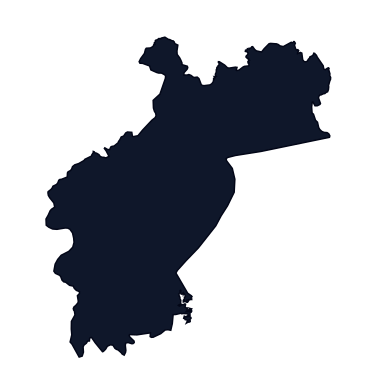 Pweto, Katanga, Democratic Republic of the Congo, rotated 355°
{"feature_id": "63176286B50481715267247", "entity_name": "Pweto", "entity_type": "district", "adm_level": 2, "iso_a3": "COD", "parent_name": "Democratic Republic of the Congo", "parent_adm1": "Katanga", "projection": "orthographic", "projection_center": [28.595, -8.698], "detail": "fine", "context": "isolated", "style": "filled", "palette": "ink", "viewbox_px": 384, "rotation_deg": 355, "n_neighbors": 0, "source": "geoboundaries", "source_scale": "gbopen_adm2", "svg_char_len": 5892}
<svg xmlns="http://www.w3.org/2000/svg" viewBox="0 0 384 384"><g transform="rotate(355 192 192)"><path d="M182.9,296.3L182.4,295.4L178.9,292.5L168.9,271.3L170.7,268.7L180.1,259.9L193.4,248.3L212.7,227.8L218.9,218.3L226.2,208.8L234.0,195.9L235.8,183.0L234.2,172.0L229.2,164.0L228.8,161.8L230.6,160.7L238.4,159.4L264.3,157.6L333.7,149.5L334.2,148.1L333.3,145.9L331.7,144.6L328.7,144.1L326.5,142.9L324.7,140.8L323.8,138.8L323.1,133.4L321.3,131.3L319.8,125.1L318.5,123.7L318.6,117.7L319.6,112.9L320.3,112.7L322.0,116.8L324.4,117.0L327.1,115.9L327.7,115.0L326.2,109.4L326.6,107.9L327.7,106.6L329.1,106.5L331.4,105.6L332.9,105.5L334.4,104.4L335.8,104.0L336.8,102.0L337.4,99.1L337.2,98.1L338.9,93.5L339.8,91.9L340.1,89.9L339.3,87.9L339.7,86.3L339.0,82.8L338.4,81.9L339.3,81.2L339.2,80.7L338.9,80.2L337.8,80.4L335.4,81.8L334.0,81.0L333.7,77.7L328.5,68.5L327.8,66.5L326.9,65.7L326.4,64.7L325.5,64.3L324.6,66.0L323.8,66.7L321.1,67.8L320.8,68.8L319.3,70.1L318.4,71.7L316.4,72.3L314.9,71.7L313.8,69.9L313.5,63.2L312.1,62.4L309.2,63.4L309.3,62.5L310.6,60.4L309.8,59.4L308.5,59.6L307.7,58.4L306.9,54.7L307.9,52.8L307.0,51.1L306.5,51.0L305.7,51.8L304.8,52.1L303.9,51.5L295.6,55.1L292.4,54.1L290.8,52.6L289.2,51.8L283.2,50.8L281.7,51.0L276.3,55.6L273.5,58.6L268.4,57.0L266.9,55.5L265.1,52.5L264.3,52.5L262.9,53.9L261.4,53.8L261.4,54.9L259.7,54.1L259.4,55.1L257.7,55.4L257.4,56.6L259.0,57.1L260.0,58.4L259.4,60.0L257.9,61.2L257.5,62.2L258.2,62.7L258.5,63.5L259.6,63.7L259.5,64.4L260.1,64.5L260.0,65.4L260.6,65.8L259.3,66.6L259.0,67.2L259.1,67.8L259.7,67.5L260.0,68.0L259.4,68.2L259.4,68.9L259.7,69.0L259.9,70.7L259.4,71.3L255.2,71.4L253.8,71.9L249.4,74.7L247.2,74.9L246.6,74.3L247.7,71.8L246.1,71.4L239.9,71.8L238.2,71.4L235.6,68.4L230.6,64.6L229.7,64.5L229.6,65.4L230.4,66.3L229.8,68.0L228.8,68.7L228.7,69.6L227.8,69.9L227.4,70.8L227.7,71.6L226.9,72.2L226.6,74.8L225.5,76.7L225.7,77.8L225.3,78.4L226.1,78.9L224.9,79.5L224.4,79.3L224.9,80.2L224.4,80.7L224.1,80.2L223.7,80.5L223.3,81.2L223.8,81.8L223.4,82.0L222.6,84.3L221.0,86.0L219.1,86.9L213.4,87.1L211.8,86.8L210.6,86.0L208.8,79.6L207.2,78.0L204.2,78.1L203.4,77.8L201.1,75.7L199.1,74.7L197.3,75.1L194.1,74.7L194.4,72.5L197.8,69.3L198.6,67.8L198.3,66.3L193.0,64.2L193.3,62.7L192.4,59.8L191.4,57.3L189.2,53.6L189.3,50.2L190.7,44.4L187.8,42.7L187.4,41.0L186.4,39.8L185.3,39.6L183.1,38.2L181.8,37.9L178.5,35.4L174.7,36.0L174.4,36.7L172.4,36.2L170.5,37.4L169.4,37.5L168.7,37.9L168.7,39.0L167.4,40.2L167.3,40.5L168.0,41.5L167.7,41.9L166.7,42.0L165.9,43.6L163.1,44.9L159.0,44.8L158.1,45.8L156.7,49.8L152.5,54.6L150.7,57.6L151.4,59.2L153.9,59.5L160.7,62.7L161.7,66.8L167.3,69.9L169.2,70.6L172.1,70.9L175.3,73.1L175.8,74.5L175.3,76.7L168.6,91.7L161.3,97.3L160.9,105.0L161.6,108.3L162.6,110.2L162.9,112.7L161.8,114.7L158.3,117.0L148.2,126.0L143.1,131.2L138.7,131.7L137.5,131.3L137.2,127.3L132.9,126.6L131.1,127.4L128.8,130.3L126.3,131.0L124.7,133.6L123.2,135.3L122.7,136.5L118.4,139.4L116.1,139.6L115.0,140.1L113.6,142.7L111.5,142.2L109.0,140.4L108.5,141.0L110.0,143.4L112.4,149.2L109.6,150.4L108.5,150.4L107.5,149.8L105.7,149.6L103.8,148.7L102.5,146.6L100.3,145.0L98.8,144.6L98.1,143.4L97.2,143.0L97.1,144.1L95.3,146.5L95.1,147.4L88.1,150.1L87.2,151.2L81.6,153.8L77.6,154.7L75.2,156.3L74.2,158.5L72.9,160.0L70.3,161.1L69.6,162.1L69.0,166.2L63.0,168.0L61.4,168.0L60.3,168.7L59.2,171.1L57.7,172.7L54.0,174.1L53.0,175.9L51.7,177.2L48.7,179.1L48.4,180.3L48.6,182.9L49.8,185.4L53.4,190.8L53.9,195.1L50.6,196.9L49.1,198.3L46.7,202.6L44.2,206.2L43.9,212.4L46.3,214.6L49.9,216.7L54.2,217.4L62.4,216.8L64.9,217.1L67.1,218.4L69.4,222.3L70.1,227.6L70.1,231.9L68.4,236.6L64.1,240.4L56.2,243.6L52.4,247.4L49.4,251.9L47.5,258.8L48.8,261.1L53.0,263.5L53.9,265.0L54.9,268.6L56.5,270.4L58.2,270.8L61.9,274.3L65.5,275.4L66.4,277.8L68.3,280.0L71.2,281.4L71.0,283.4L68.8,285.3L69.2,290.9L68.7,292.5L66.1,295.1L64.6,296.0L63.6,297.7L63.8,299.3L64.5,300.4L64.7,304.3L60.6,310.4L59.8,318.1L59.8,323.8L57.5,330.8L59.2,333.1L65.2,346.6L68.3,345.9L69.9,342.1L70.0,336.9L71.0,335.1L73.6,333.4L74.8,331.7L75.4,331.4L76.8,331.5L77.3,328.8L78.2,328.2L79.3,328.2L82.4,333.7L88.9,343.3L89.8,343.1L92.2,341.1L94.2,338.3L97.4,337.1L99.9,337.7L101.6,341.0L102.9,342.1L104.6,342.9L107.4,345.8L108.3,347.3L110.2,348.6L111.8,346.0L112.3,344.0L112.2,339.1L112.7,336.9L113.4,336.6L115.2,336.4L118.8,337.9L120.0,337.9L121.3,337.0L121.3,335.5L117.2,330.7L116.9,329.3L117.3,328.6L124.7,329.5L138.3,328.7L137.7,332.4L138.8,333.2L140.6,333.3L148.5,330.4L153.3,327.1L156.1,327.1L158.8,327.9L160.9,321.4L162.5,312.5L165.2,312.6L170.5,311.8L171.1,312.4L173.1,312.3L177.1,313.0L177.5,313.9L177.1,314.6L177.7,314.7L177.2,315.8L175.9,315.4L175.9,316.0L175.5,316.1L174.4,315.5L173.7,316.0L173.4,315.3L172.7,317.1L173.7,317.6L174.1,318.6L175.4,318.8L176.1,319.3L176.1,320.1L176.5,320.4L175.7,320.8L175.0,322.1L176.5,321.4L178.3,321.3L178.9,320.9L179.0,320.1L178.0,319.2L179.3,318.5L180.1,317.5L179.8,316.7L178.8,315.8L179.4,314.5L179.2,313.3L179.9,311.7L179.3,311.1L175.6,310.8L176.5,309.9L178.6,309.7L179.7,310.0L180.6,310.6L178.9,309.9L177.7,310.1L179.3,310.2L180.8,311.5L181.4,310.5L180.6,309.5L181.5,308.4L179.2,307.6L179.8,308.3L178.0,309.2L176.7,309.4L177.1,307.5L175.0,306.1L175.8,303.4L175.3,302.8L174.2,303.1L173.8,303.6L172.4,303.3L171.2,304.2L169.6,304.7L168.4,303.7L168.9,303.2L170.6,303.0L171.2,302.5L170.9,302.1L171.4,298.9L170.6,297.0L170.8,295.8L170.2,294.7L170.1,292.6L170.3,292.0L171.4,291.1L171.5,289.1L172.0,288.8L172.3,289.2L171.9,291.7L172.2,292.6L173.0,292.9L174.4,291.7L174.4,293.2L174.7,292.7L175.5,292.5L176.4,295.3L176.3,295.8L175.3,296.1L175.0,298.3L174.2,298.7L173.8,299.5L173.8,300.8L174.7,300.5L174.4,299.7L175.1,299.6L175.5,300.7L176.1,300.8L176.8,300.4L177.2,301.5L178.0,301.4L179.3,299.8L177.7,299.8L177.2,299.5L177.3,299.1L179.8,298.9L180.6,299.2L181.3,298.8L182.3,299.1L182.4,298.5L181.6,298.3L181.7,297.4L182.9,296.3Z" fill="#0f172a" stroke="#020617" stroke-width="1.5"/></g></svg>